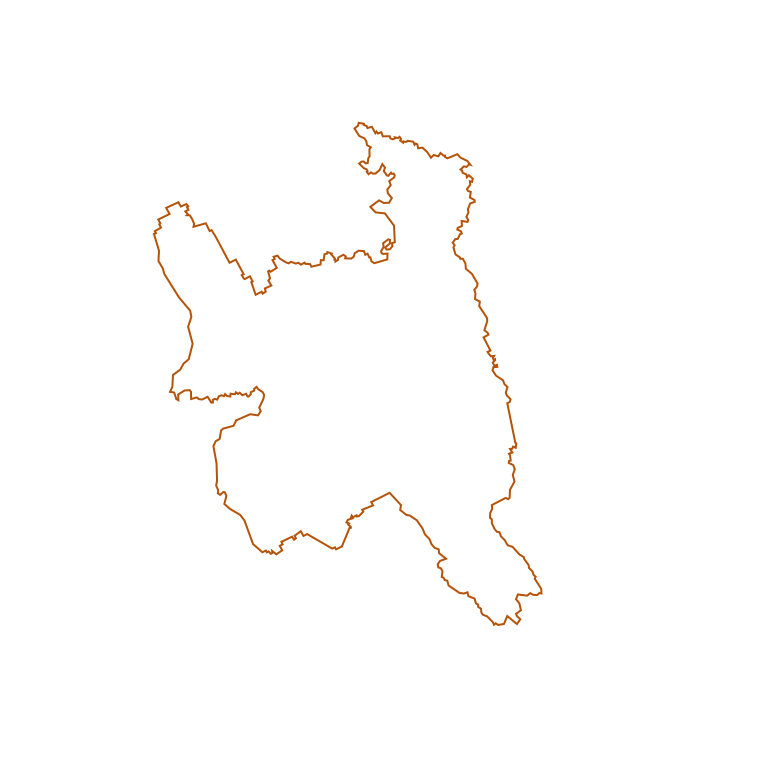 outline of Queanbeyan-Palerang, New South Wales, Australia, rotated 323°
{"feature_id": "25037944B93129192801754", "entity_name": "Queanbeyan-Palerang", "entity_type": "district", "adm_level": 2, "iso_a3": "AUS", "parent_name": "Australia", "parent_adm1": "New South Wales", "projection": "equal_earth", "projection_center": [149.699, -35.456], "detail": "fine", "context": "isolated", "style": "outline", "palette": "amber", "viewbox_px": 768, "rotation_deg": 323, "n_neighbors": 0, "source": "geoboundaries", "source_scale": "gbopen_adm2", "svg_char_len": 6166}
<svg xmlns="http://www.w3.org/2000/svg" viewBox="0 0 768 768"><g transform="rotate(323 384 384)"><path d="M497.1,407.5L497.6,405.5L496.5,401.5L504.2,396.0L506.0,393.4L506.9,379.1L510.1,375.9L507.8,371.0L511.6,366.6L512.8,363.1L517.1,362.1L519.2,360.0L520.5,348.9L518.7,341.2L521.6,336.8L522.3,331.3L520.3,329.9L520.8,328.5L519.1,323.6L521.6,316.8L523.9,315.7L523.9,312.5L528.1,311.2L530.2,312.5L534.8,310.1L536.7,310.6L537.4,308.3L535.5,304.7L536.9,303.7L541.4,304.7L544.1,300.5L548.3,304.8L550.0,303.6L550.3,300.2L554.6,297.9L556.2,294.9L561.4,291.7L566.1,293.1L567.0,291.5L564.8,286.8L568.9,282.8L567.3,280.5L567.6,278.2L572.8,276.8L574.6,273.7L575.9,275.6L578.5,273.4L577.4,268.3L574.6,268.8L575.9,266.1L573.9,262.7L574.8,260.6L574.2,258.8L578.8,258.3L580.5,260.3L584.2,259.8L584.9,260.8L584.8,256.1L581.4,249.4L580.9,244.6L570.4,241.9L569.4,239.4L570.2,238.3L569.0,237.4L568.1,233.5L564.5,234.9L561.4,231.0L557.7,231.6L558.1,224.7L556.9,218.3L553.1,216.3L554.8,212.6L554.1,211.1L552.4,211.4L553.2,208.2L549.4,204.1L547.3,204.0L545.5,202.0L544.5,202.8L543.5,199.2L545.1,198.5L545.2,196.0L543.1,196.0L541.1,193.5L540.7,194.5L538.2,193.8L536.9,191.6L537.7,189.6L532.1,185.5L533.4,181.3L529.9,180.3L530.0,177.9L528.0,178.5L529.1,171.3L524.8,169.6L525.4,167.6L523.7,164.7L524.5,164.0L521.0,160.2L518.6,162.1L514.2,162.2L513.5,171.0L516.2,176.1L516.0,179.4L514.2,183.0L515.9,187.0L513.6,187.8L509.4,193.6L507.5,194.1L504.0,197.7L502.2,196.8L501.7,194.1L500.1,192.9L496.8,193.0L497.8,199.5L499.3,202.0L499.1,204.0L497.9,204.2L497.9,207.2L500.9,207.1L501.9,209.5L504.0,210.8L509.2,210.5L515.0,207.4L515.0,211.8L512.0,213.9L511.8,219.1L512.7,220.3L516.8,219.4L516.8,221.0L518.4,221.8L518.2,223.7L516.6,225.1L510.3,225.1L509.1,229.2L503.7,230.7L501.8,234.1L502.2,240.2L497.1,242.3L492.8,239.3L490.6,234.4L479.7,234.3L480.6,241.9L487.4,248.3L487.3,263.6L477.9,277.3L475.0,276.3L473.7,279.0L469.8,279.9L467.0,278.2L467.0,275.7L473.2,275.3L475.5,272.5L474.5,271.1L468.1,271.0L466.1,274.4L461.5,276.2L460.8,278.0L461.4,279.4L465.3,282.0L461.6,286.5L449.0,281.7L447.8,278.6L449.3,274.7L448.4,274.1L449.3,270.0L446.8,269.5L448.0,265.9L444.0,262.3L439.4,261.9L436.4,264.1L433.5,264.2L428.6,260.3L430.3,259.1L429.3,256.3L423.6,255.5L421.9,257.2L418.9,257.0L420.1,255.0L419.4,254.6L420.3,253.6L419.8,248.8L420.8,248.4L418.2,244.6L417.0,245.6L414.6,244.5L410.3,248.8L408.1,247.1L405.2,250.4L396.6,246.6L397.2,243.9L393.5,240.7L393.6,239.3L389.5,238.7L388.6,235.6L386.1,234.8L383.2,230.4L380.5,230.3L379.1,228.3L376.3,221.3L376.2,217.4L372.4,216.0L371.9,218.4L369.5,218.0L368.3,226.7L361.0,226.1L360.6,224.5L359.2,224.3L356.5,231.1L353.9,231.7L353.3,237.6L346.4,236.0L345.1,239.1L341.4,238.8L341.8,236.7L335.2,235.5L339.3,222.8L340.8,223.1L341.7,217.3L335.9,216.4L335.5,215.0L336.0,211.4L338.0,211.8L340.5,195.5L333.6,194.2L338.2,165.1L338.9,157.3L336.8,156.9L338.4,148.4L326.5,143.8L328.7,141.9L330.0,136.9L330.5,132.5L328.2,130.6L329.5,130.5L329.2,126.6L332.6,127.2L333.1,124.1L334.5,124.4L334.6,121.4L328.5,120.0L329.2,115.1L316.0,112.3L315.1,119.2L302.7,116.8L302.1,121.1L300.6,121.2L300.0,124.9L292.9,124.0L292.6,126.3L290.6,125.7L284.5,142.2L277.9,150.0L276.9,158.5L274.8,163.9L272.4,191.4L273.3,208.8L270.6,214.4L262.0,220.4L255.4,236.7L243.0,246.7L236.2,247.1L229.8,249.9L220.9,249.8L213.4,258.8L208.4,261.5L211.3,264.5L209.1,271.0L210.0,273.2L213.3,268.5L220.9,269.2L225.1,272.0L225.2,274.0L220.9,279.9L226.5,282.1L227.0,284.6L229.5,287.0L235.4,288.0L234.9,295.0L236.2,295.8L237.8,293.6L239.9,294.1L241.4,296.1L244.8,294.4L247.5,295.3L248.9,297.4L251.0,296.4L251.4,299.1L253.7,301.5L255.6,299.4L258.8,302.5L260.7,301.5L261.4,304.1L263.5,304.1L264.1,307.7L268.0,308.8L267.5,311.7L268.2,312.5L271.3,312.1L272.7,310.4L276.4,311.2L277.5,309.7L280.5,309.6L280.4,312.6L282.2,317.4L281.7,320.5L278.8,323.3L270.1,327.8L269.2,331.6L264.5,333.2L258.9,327.6L243.0,323.8L243.7,324.3L238.6,326.8L228.6,322.8L225.9,323.1L219.6,329.0L215.2,328.4L210.4,330.9L202.5,346.6L192.5,360.7L188.8,364.2L187.6,369.1L185.5,371.3L186.4,373.9L190.7,373.6L191.7,374.7L190.8,378.5L184.3,383.7L185.7,390.7L190.4,402.2L190.4,409.1L183.1,433.0L185.6,445.2L189.4,445.9L189.1,447.9L191.1,448.3L191.4,451.5L193.3,451.7L194.2,450.0L195.5,455.2L202.6,455.6L203.4,450.5L206.5,451.0L207.1,448.3L218.7,450.6L218.5,454.2L220.8,454.2L221.3,451.4L229.0,451.5L228.2,456.9L232.3,457.6L243.6,484.3L246.5,484.9L246.2,487.2L252.6,488.4L269.9,478.2L270.9,478.9L271.5,478.2L270.8,474.7L272.2,474.3L270.7,472.0L273.3,470.7L277.4,472.1L276.9,471.1L279.0,469.6L279.0,471.7L283.1,472.4L282.7,473.6L284.2,474.4L290.6,473.5L290.9,471.3L302.2,474.4L302.7,470.6L323.0,474.3L324.7,490.9L321.1,494.4L323.2,502.3L325.4,504.4L328.2,512.6L327.8,522.6L326.2,528.7L327.0,535.2L325.5,540.8L325.9,545.5L328.2,548.9L326.2,552.3L328.4,560.9L322.2,559.0L318.4,560.3L317.0,563.1L318.5,565.4L318.1,568.6L314.0,572.9L315.0,574.6L314.5,577.1L316.2,579.1L314.3,583.8L318.5,596.2L321.7,599.4L325.3,600.6L323.7,604.2L327.2,609.9L325.4,614.5L326.4,616.9L325.1,618.5L326.2,621.9L324.1,625.4L324.1,627.8L326.5,631.6L327.6,639.5L327.0,642.5L329.2,642.3L330.1,645.1L335.4,647.8L342.8,643.5L345.7,655.7L351.3,653.9L350.5,649.7L351.1,647.0L357.2,647.1L360.1,640.6L359.9,635.3L364.3,632.7L371.0,639.2L374.9,639.0L376.2,642.1L379.2,644.7L382.4,644.5L383.7,646.0L386.3,642.2L387.2,630.3L389.1,629.3L388.6,626.3L389.8,623.1L389.1,618.2L390.5,615.8L390.7,607.7L391.5,606.4L389.6,601.8L388.7,591.5L386.0,587.7L385.8,585.7L386.5,581.6L385.7,576.2L387.0,571.8L385.2,569.9L385.1,566.0L386.4,560.0L388.7,557.0L388.1,554.7L391.1,551.0L395.2,548.9L397.2,545.6L412.7,548.2L413.8,550.7L415.8,550.5L421.0,544.3L429.4,540.5L432.2,534.1L437.2,530.8L438.4,526.5L436.1,522.1L437.6,520.7L439.1,521.4L441.7,516.9L441.8,514.9L445.3,516.0L445.6,511.7L447.5,512.9L449.5,511.7L450.8,514.2L453.9,511.1L453.5,510.0L470.9,473.5L473.6,474.0L475.9,472.4L475.2,467.1L476.0,464.3L480.8,460.7L480.1,456.6L481.3,452.6L478.5,444.8L478.9,438.4L481.4,436.4L484.8,438.5L485.7,436.6L483.1,436.1L483.7,432.4L487.1,431.8L487.6,431.0L486.1,430.8L486.6,428.7L488.8,427.8L486.0,426.2L485.9,422.1L486.1,420.7L489.1,421.4L491.6,406.7L497.1,407.5Z" fill="none" stroke="#b45309" stroke-width="2"/></g></svg>